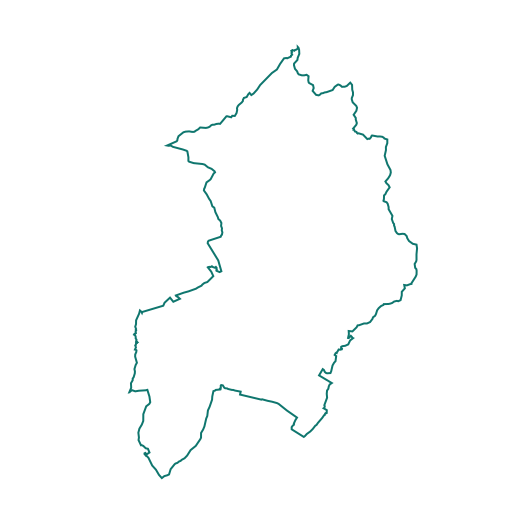 outline of Matasari, Gorj, Romania, rotated 76°
{"feature_id": "2599482B45597457820399", "entity_name": "Matasari", "entity_type": "district", "adm_level": 2, "iso_a3": "ROU", "parent_name": "Romania", "parent_adm1": "Gorj", "projection": "mercator", "projection_center": [23.06, 44.852], "detail": "fine", "context": "isolated", "style": "outline", "palette": "teal", "viewbox_px": 512, "rotation_deg": 76, "n_neighbors": 0, "source": "geoboundaries", "source_scale": "gbopen_adm2", "svg_char_len": 6120}
<svg xmlns="http://www.w3.org/2000/svg" viewBox="0 0 512 512"><g transform="rotate(76 256 256)"><path d="M448.7,401.1L447.4,398.2L447.3,395.1L446.9,393.2L442.2,390.4L438.4,385.4L437.9,384.4L437.7,382.3L436.7,380.2L436.6,378.8L435.8,377.4L435.0,374.3L433.0,371.1L428.5,366.4L425.7,360.4L420.3,354.4L419.0,353.3L414.4,352.1L411.6,349.3L408.9,347.3L401.6,343.6L399.5,342.0L394.2,340.0L391.1,337.5L384.8,333.4L381.7,332.4L376.8,330.0L376.7,328.4L376.2,327.4L376.9,322.8L376.5,322.5L375.9,323.0L375.2,322.0L373.3,321.6L372.8,321.0L373.5,319.5L376.2,318.6L376.8,318.0L377.6,315.9L378.2,315.4L380.1,311.8L380.4,310.6L381.5,308.9L383.9,303.7L386.6,305.0L396.7,285.5L396.5,284.8L399.4,279.6L401.2,275.8L403.8,271.2L405.0,269.8L413.4,263.4L422.7,255.3L424.8,257.5L427.7,259.8L428.2,259.7L429.1,260.3L429.4,261.3L430.7,262.8L432.8,263.3L443.1,253.4L442.5,252.0L441.0,249.8L439.4,245.8L437.6,242.8L435.0,239.5L434.6,238.2L433.0,236.4L429.1,230.9L426.9,228.4L426.9,227.8L425.6,227.0L425.3,226.5L425.6,225.8L425.5,225.4L422.7,224.6L420.1,227.2L419.7,226.3L418.3,225.6L417.3,225.8L410.7,221.3L406.8,220.7L403.7,219.6L402.4,218.0L400.1,216.9L398.5,215.6L397.6,213.2L387.1,223.7L381.9,218.6L383.0,217.7L385.1,217.3L386.5,216.3L387.0,215.4L387.6,212.1L386.0,210.9L380.7,208.2L378.4,206.0L377.3,204.3L372.5,202.4L371.0,203.6L369.6,202.3L369.4,201.9L369.6,201.4L369.2,201.4L368.7,200.3L366.7,198.4L367.3,197.1L367.3,195.3L366.8,195.0L365.9,195.7L364.7,195.3L364.4,194.1L364.7,191.2L364.1,187.9L360.7,185.1L359.2,181.7L358.6,182.4L357.8,182.5L356.4,183.3L357.9,185.5L358.0,186.1L357.8,186.5L354.4,184.8L351.2,184.2L352.5,180.7L349.5,175.6L347.9,174.2L348.1,172.8L347.6,167.6L348.3,164.6L347.7,161.3L345.2,158.2L343.8,157.3L342.8,154.9L341.3,153.6L338.0,151.6L336.3,149.6L334.8,146.8L334.3,144.2L333.6,143.7L334.6,139.1L334.7,137.3L334.5,135.2L333.6,133.0L333.6,130.2L334.3,128.9L333.8,126.4L329.5,124.1L326.0,123.2L323.4,119.4L320.0,119.2L321.0,116.7L320.6,113.1L320.7,111.9L320.0,111.7L314.6,106.0L312.8,104.7L309.1,103.7L307.5,103.6L306.0,104.4L302.1,104.0L300.0,101.9L298.6,101.2L293.3,99.9L287.6,97.9L283.8,97.5L282.1,100.9L278.5,103.9L275.4,104.9L273.1,105.0L270.6,106.5L269.9,108.4L269.5,112.0L268.8,113.0L267.9,113.7L265.5,114.6L260.9,114.4L260.0,114.7L258.4,114.3L257.1,114.9L253.0,115.3L250.1,113.9L242.7,116.0L240.6,115.5L237.1,115.6L235.4,116.3L233.9,118.6L233.3,119.0L231.7,118.1L228.2,117.1L227.4,115.6L225.2,113.8L221.7,109.7L219.3,110.3L216.8,111.9L215.0,112.4L212.7,109.1L210.9,107.2L209.8,106.2L207.6,105.0L205.1,104.7L198.8,106.3L189.9,106.9L184.7,104.3L181.7,103.6L178.3,101.3L174.7,100.4L173.1,103.0L172.1,103.4L170.9,104.6L170.0,106.8L169.5,109.0L167.2,114.1L167.2,114.6L168.7,115.8L169.8,117.4L169.4,118.4L169.5,119.7L164.1,122.8L161.7,126.9L161.8,127.7L161.2,128.2L159.9,128.5L159.1,129.9L157.1,130.3L157.0,130.8L156.0,130.3L155.7,130.7L152.9,126.9L151.4,126.0L147.7,126.2L146.2,125.8L142.6,127.1L139.4,123.5L136.6,122.1L134.6,122.4L130.3,125.0L127.3,125.2L126.0,124.9L123.4,123.0L120.7,122.3L118.0,122.4L113.2,121.4L110.6,122.6L113.0,126.8L113.2,129.0L112.6,131.7L110.9,132.8L109.6,134.4L109.5,135.2L110.9,138.7L113.5,141.5L114.1,147.9L113.9,149.9L114.2,151.5L114.0,153.4L114.9,154.9L115.3,156.3L114.2,158.7L109.5,161.1L107.0,159.4L104.0,159.3L101.0,162.6L100.2,162.9L98.1,162.8L94.3,161.5L92.4,163.1L92.4,165.2L91.8,167.8L90.1,170.6L88.8,171.2L86.8,171.4L83.8,172.9L80.0,173.0L78.5,172.5L75.8,168.4L73.8,167.6L70.4,165.1L66.4,164.3L64.2,164.4L63.3,164.9L64.9,165.2L65.5,167.0L65.6,168.5L66.1,169.1L65.0,170.8L65.5,172.1L66.9,171.7L67.6,172.5L69.4,172.2L70.1,173.6L71.0,173.9L71.7,178.0L71.2,178.7L71.0,181.0L75.5,186.2L80.1,190.6L82.3,196.3L91.1,210.6L94.7,214.5L97.8,219.1L98.7,221.6L96.2,222.8L97.2,224.4L99.5,226.6L99.7,229.5L101.3,230.9L102.4,231.2L103.6,232.7L105.3,236.2L106.4,237.6L108.0,238.7L109.7,238.9L112.6,240.3L115.0,242.7L114.2,245.1L115.4,246.5L113.4,250.2L113.3,250.9L119.1,258.9L118.6,260.1L118.3,262.5L118.5,264.7L118.1,266.5L118.3,267.8L119.4,269.8L119.7,271.7L119.6,273.7L117.8,279.1L119.1,281.4L120.0,284.6L120.5,285.5L120.5,286.3L120.1,288.0L118.9,290.7L118.3,294.2L118.4,296.5L121.0,302.2L123.3,303.8L124.8,304.4L125.5,305.2L127.3,315.5L127.9,314.2L128.2,312.0L130.0,310.2L134.9,301.3L137.1,297.9L137.9,297.3L143.9,297.7L147.4,298.6L148.3,298.1L150.8,294.0L153.8,285.7L154.9,283.7L158.3,281.2L160.7,278.0L163.8,275.7L164.9,275.5L165.7,277.1L170.5,281.4L171.2,282.7L172.6,286.2L177.5,289.3L178.0,289.9L179.8,290.7L184.3,288.9L189.1,287.7L191.7,286.7L197.3,286.3L199.0,284.8L203.6,284.8L209.2,283.6L210.9,283.6L213.0,282.2L215.6,281.6L218.4,282.6L220.9,282.3L222.8,283.0L224.9,282.9L227.1,283.9L227.6,284.8L228.8,285.6L229.7,298.1L230.3,299.1L231.9,299.8L251.2,293.7L262.4,293.3L262.8,295.2L260.8,297.9L260.1,297.9L259.6,297.3L258.5,297.5L258.1,297.1L256.9,297.6L257.4,298.8L256.0,300.9L255.3,301.3L255.7,302.6L255.3,303.6L255.2,305.2L255.3,305.5L260.4,303.2L265.2,302.3L269.5,309.5L269.7,312.6L270.8,315.1L271.6,316.0L272.5,320.1L273.2,322.1L274.0,330.0L274.1,334.8L274.9,343.3L275.6,343.1L277.0,341.6L279.1,340.2L280.4,347.3L275.6,349.5L279.2,356.0L281.8,358.0L282.8,379.9L283.6,380.4L282.4,380.7L280.8,381.8L283.7,383.4L289.4,387.9L293.1,388.9L295.4,390.3L297.9,390.0L298.6,390.6L299.2,390.3L300.2,391.1L301.8,391.2L302.1,392.7L302.8,393.4L303.8,392.4L305.4,392.3L306.9,392.7L308.2,392.2L309.7,392.9L309.7,392.5L311.0,391.9L311.0,392.3L311.5,392.5L311.2,393.3L313.2,394.1L313.5,394.8L315.6,394.6L317.5,396.1L317.9,395.3L318.6,394.8L320.2,395.4L322.3,397.0L324.4,397.6L330.8,397.4L332.6,399.1L336.3,401.3L338.7,401.4L340.6,402.0L344.1,404.1L345.1,405.3L346.7,405.7L349.2,408.1L353.7,409.0L357.6,411.9L357.6,411.6L356.9,410.8L356.3,408.6L358.1,405.9L358.4,402.2L359.6,395.6L359.6,393.8L366.6,393.4L372.3,394.0L373.7,395.3L375.3,398.9L382.2,403.6L388.8,405.3L392.0,407.6L395.3,410.9L399.0,412.9L403.8,413.5L406.2,414.5L411.8,413.4L411.8,412.8L413.0,411.3L415.9,409.5L416.9,407.5L420.9,406.9L421.9,409.8L421.7,410.3L420.3,411.0L420.5,411.9L421.1,412.1L423.3,411.0L423.2,410.7L425.7,409.2L434.2,407.4L439.1,404.8L444.9,403.1L448.7,401.1Z" fill="none" stroke="#0f766e" stroke-width="2"/></g></svg>